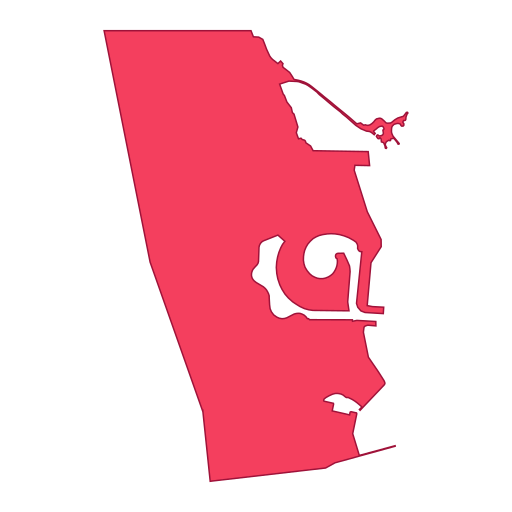 69, Al Daayen, Qatar (Robinson projection)
{"feature_id": "91078587B70962484835494", "entity_name": "69", "entity_type": "district", "adm_level": 2, "iso_a3": "QAT", "parent_name": "Qatar", "parent_adm1": "Al Daayen", "projection": "robinson", "projection_center": [51.528, 25.422], "detail": "fine", "context": "isolated", "style": "filled", "palette": "rose", "viewbox_px": 512, "rotation_deg": 0, "n_neighbors": 0, "source": "geoboundaries", "source_scale": "gbopen_adm2", "svg_char_len": 5055}
<svg xmlns="http://www.w3.org/2000/svg" viewBox="0 0 512 512"><path d="M212.4,481.0L300.2,470.9L325.6,468.0L335.0,462.8L395.2,446.2L395.1,445.7L359.3,455.4L352.7,433.7L356.8,413.8L356.5,412.9L351.5,411.8L351.0,411.7L350.1,412.2L349.6,414.9L345.4,413.9L332.2,410.9L333.6,404.1L333.4,403.3L324.1,401.2L323.7,400.8L323.7,400.0L324.2,398.9L326.0,397.5L329.0,395.8L332.5,394.2L335.1,393.5L337.1,393.4L339.0,393.6L341.2,394.1L343.2,395.1L345.5,397.0L346.4,397.5L347.2,397.6L348.0,397.4L352.3,399.5L354.7,401.0L357.0,402.7L359.6,404.9L361.6,406.7L361.5,407.4L359.4,409.5L360.1,410.3L384.3,384.8L384.9,383.7L384.8,382.5L384.0,380.6L378.3,371.7L368.4,357.2L363.4,332.3L364.0,327.2L365.2,326.0L367.7,325.2L375.9,325.9L375.8,321.5L356.8,320.4L352.5,321.3L352.4,319.8L309.5,319.7L308.6,318.7L307.8,318.6L307.4,318.7L305.9,316.7L304.1,315.1L302.1,314.1L300.1,313.4L298.1,313.3L296.2,313.5L294.2,314.0L289.9,316.2L286.8,317.8L284.4,318.5L282.0,318.7L279.2,318.2L276.6,317.0L275.8,316.4L273.7,314.9L271.4,311.8L270.1,308.7L269.6,304.8L269.2,297.6L269.2,295.9L268.6,293.9L267.7,292.0L266.6,290.1L265.3,288.5L263.4,286.8L256.2,282.5L254.2,280.9L252.9,279.4L252.0,277.7L251.5,275.8L251.5,273.8L251.8,272.2L252.4,270.5L253.1,269.2L254.9,267.1L257.0,264.9L258.0,263.3L258.5,261.5L258.6,259.2L259.0,247.3L259.4,245.5L260.1,244.0L261.0,242.7L262.3,241.5L263.8,240.7L277.9,235.1L284.9,241.3L282.6,244.3L280.8,247.7L278.9,252.4L277.6,257.0L276.7,262.0L276.3,267.5L276.7,272.4L276.7,273.1L277.8,278.8L279.8,284.8L282.0,289.3L285.0,294.1L288.4,298.0L292.4,301.6L292.9,302.0L295.9,304.0L299.9,306.5L304.4,308.6L308.8,309.8L312.9,310.4L346.7,310.8L349.0,310.8L347.7,301.9L350.1,271.6L349.9,268.8L349.5,265.9L346.9,259.9L343.7,253.2L338.9,253.3L338.0,253.3L336.9,253.6L336.0,254.3L335.6,255.1L335.5,256.5L335.9,257.9L337.1,258.8L337.4,261.0L337.3,263.3L336.9,265.7L336.2,267.9L335.3,269.9L334.0,272.1L332.6,273.9L330.5,275.6L328.4,276.9L325.4,278.1L322.9,278.6L319.8,278.6L317.3,278.2L314.7,277.2L314.0,276.8L312.2,275.9L310.3,274.3L309.6,273.7L307.1,270.7L305.0,267.2L304.7,266.2L303.9,263.6L303.6,261.5L303.4,260.2L303.5,256.6L303.9,253.6L304.7,250.3L306.1,247.0L307.8,244.1L310.2,241.3L311.8,239.8L313.1,238.6L316.0,236.9L319.2,235.5L322.7,234.6L327.3,233.9L331.2,233.7L335.1,233.9L339.6,234.6L344.2,235.9L348.8,237.7L353.6,240.4L356.0,242.1L357.1,243.9L357.6,245.3L357.7,246.6L357.6,248.4L358.2,249.8L359.0,250.9L360.2,251.6L361.8,251.7L356.5,303.4L357.8,307.3L360.9,310.9L365.0,312.5L383.3,313.6L383.7,307.2L372.5,306.6L367.2,305.6L371.0,262.7L381.2,246.7L381.1,239.5L369.9,217.0L367.3,211.8L354.2,170.2L354.9,165.3L369.6,165.6L368.2,151.6L313.1,150.7L310.6,146.0L305.9,142.8L305.4,141.1L304.6,140.2L302.2,139.5L301.0,138.2L298.5,138.8L296.3,132.7L297.9,127.0L294.0,114.1L292.4,112.6L291.3,107.7L286.9,102.0L284.4,95.5L283.2,94.1L279.6,84.1L288.9,81.1L297.1,81.5L299.0,81.8L302.0,82.9L305.7,84.2L308.0,85.5L312.1,88.4L316.9,92.1L318.1,93.4L319.4,94.7L324.3,98.7L328.4,102.2L333.9,106.8L340.4,111.9L342.7,114.1L346.6,117.2L355.7,125.3L361.1,128.9L363.6,129.9L366.4,131.1L369.4,131.5L370.6,132.0L372.1,133.0L374.2,134.7L375.2,133.4L373.6,131.5L373.7,130.9L376.1,129.1L377.8,127.6L379.6,126.5L382.0,126.1L382.9,126.5L383.5,127.5L383.9,128.4L384.0,129.0L383.6,129.6L382.9,130.1L383.2,132.1L383.4,133.1L383.2,133.9L382.9,134.6L382.3,135.1L381.1,135.7L380.3,135.8L379.4,135.9L378.8,135.7L378.3,135.2L377.7,134.9L376.9,135.3L376.4,136.3L377.1,137.5L377.9,138.5L379.0,138.8L379.7,137.8L380.0,137.8L380.4,138.0L381.1,139.1L381.4,141.9L383.4,142.6L383.8,143.0L384.1,143.8L385.0,146.0L385.1,147.2L385.5,148.3L386.3,148.4L386.5,148.1L386.7,147.6L386.1,146.7L385.6,145.7L385.3,144.4L385.3,143.9L386.2,142.0L387.4,141.0L388.7,140.3L389.5,140.6L390.0,140.7L390.5,140.5L390.5,139.7L390.6,139.1L393.5,138.2L394.9,139.6L396.1,141.1L397.3,142.7L398.0,144.1L398.4,144.2L398.9,144.2L399.1,143.9L399.2,143.5L393.0,136.1L392.0,133.9L391.5,132.2L391.5,129.6L391.7,127.6L392.3,126.1L394.1,124.3L396.5,123.6L397.9,123.4L399.1,123.6L400.4,124.2L400.9,125.4L401.6,126.1L403.1,126.1L403.8,125.4L403.9,123.9L402.8,122.1L403.6,120.5L404.7,120.5L405.4,120.2L405.8,119.4L406.0,117.0L407.0,114.2L407.9,113.0L407.5,112.3L406.4,112.4L404.8,114.5L403.6,116.0L402.8,116.5L401.9,116.7L397.8,118.0L394.8,119.8L391.9,122.2L390.5,123.0L388.8,123.1L387.5,123.2L386.1,122.9L383.8,120.6L382.3,119.3L381.7,118.8L380.6,118.3L379.3,118.2L378.1,118.5L376.5,118.9L375.2,120.0L373.7,121.9L372.0,123.5L369.9,124.9L367.9,125.4L366.2,125.1L365.3,124.8L363.7,125.2L362.2,124.1L360.6,122.9L356.8,123.8L353.9,121.3L349.2,117.2L342.9,112.0L339.3,109.1L334.4,105.1L331.6,102.7L326.8,98.8L323.9,96.5L321.8,94.7L318.5,92.0L316.0,90.0L311.5,86.4L308.9,84.5L306.6,83.2L304.0,82.0L301.1,81.0L298.5,80.3L294.5,79.5L293.8,79.1L292.5,76.8L289.7,72.5L286.4,69.9L283.0,67.3L282.4,65.2L283.0,63.7L280.6,61.0L277.9,63.6L272.5,59.4L270.9,57.7L269.7,56.0L266.6,49.3L264.7,44.2L262.8,39.4L258.7,37.1L253.4,36.8L251.0,30.7L104.1,30.7L150.1,262.1L202.6,410.9L202.8,410.7L210.2,481.3L212.4,481.0Z" fill="#f43f5e" stroke="#9f1239" stroke-width="1.5"/></svg>